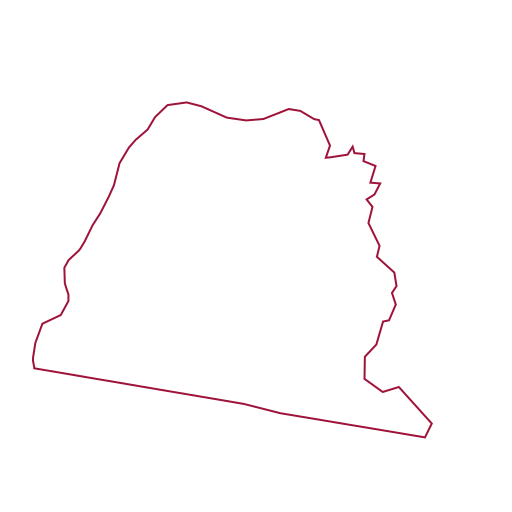 Clark, Washington, United States of America (orthographic projection), rotated 100°
{"feature_id": "52423323B89011069533198", "entity_name": "Clark", "entity_type": "district", "adm_level": 2, "iso_a3": "USA", "parent_name": "United States of America", "parent_adm1": "Washington", "projection": "orthographic", "projection_center": [-122.549, 45.801], "detail": "fine", "context": "isolated", "style": "outline", "palette": "rose", "viewbox_px": 512, "rotation_deg": 100, "n_neighbors": 0, "source": "geoboundaries", "source_scale": "gbopen_adm2", "svg_char_len": 1063}
<svg xmlns="http://www.w3.org/2000/svg" viewBox="0 0 512 512"><g transform="rotate(100 256 256)"><path d="M405.1,454.8L404.8,402.4L403.8,242.2L406.6,204.9L405.3,58.1L390.5,53.8L360.2,92.6L367.9,107.6L358.2,127.8L336.3,131.3L322.3,122.1L298.5,119.5L296.2,113.8L279.5,109.9L268.7,115.7L261.2,112.4L248.3,116.9L235.8,136.8L224.5,136.1L204.0,151.0L187.4,149.8L181.1,156.9L174.8,150.0L163.0,146.3L163.9,156.1L146.6,153.9L143.9,166.6L136.7,166.9L137.6,176.9L131.5,179.8L140.3,183.4L146.0,200.2L147.1,204.3L134.4,202.3L111.2,217.6L111.1,222.5L105.4,237.6L105.6,249.3L119.8,272.5L124.2,289.3L124.4,296.1L124.8,308.7L123.7,313.2L118.0,335.9L116.8,350.9L122.7,369.2L123.4,369.8L136.7,379.5L150.3,384.7L162.5,394.7L171.3,400.0L188.3,406.5L211.0,408.2L220.1,410.5L222.6,411.1L239.8,416.4L240.8,416.7L254.2,422.3L264.3,425.2L271.5,427.3L278.6,430.0L281.1,431.2L292.5,439.8L300.9,442.7L316.2,439.5L321.4,436.8L326.6,434.0L332.9,432.9L348.0,438.0L359.8,454.6L379.9,458.2L395.3,457.9L397.6,457.5L405.0,454.8L405.1,454.8Z" fill="none" stroke="#9f1239" stroke-width="2"/></g></svg>